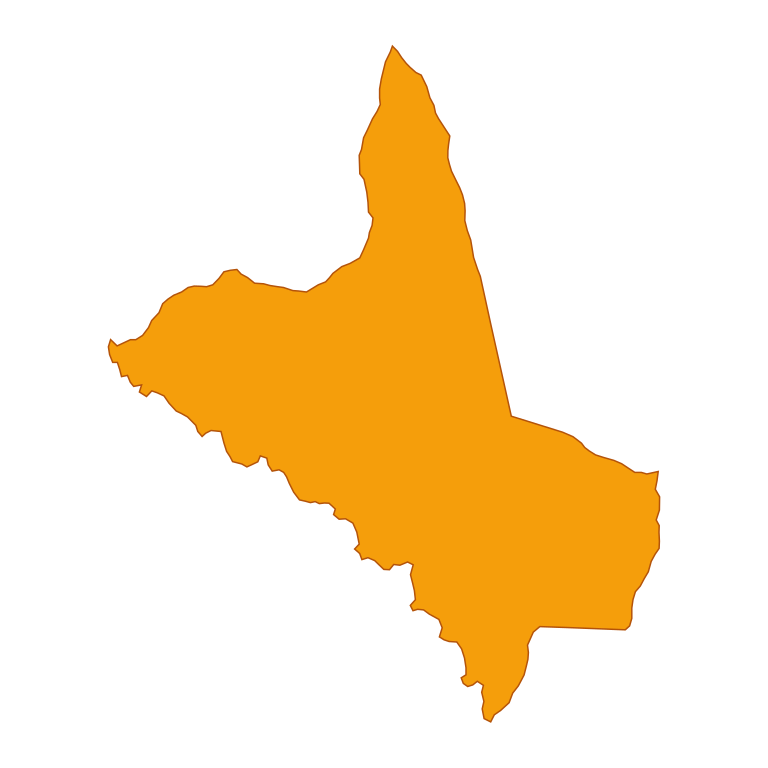 outline of Jaguapitã, Paraná, Brazil
{"feature_id": "56859067B47471443694247", "entity_name": "Jaguapitã", "entity_type": "district", "adm_level": 2, "iso_a3": "BRA", "parent_name": "Brazil", "parent_adm1": "Paraná", "projection": "equal_earth", "projection_center": [-51.575, -23.05], "detail": "fine", "context": "isolated", "style": "filled", "palette": "amber", "viewbox_px": 768, "rotation_deg": 0, "n_neighbors": 0, "source": "geoboundaries", "source_scale": "gbopen_adm2", "svg_char_len": 3022}
<svg xmlns="http://www.w3.org/2000/svg" viewBox="0 0 768 768"><path d="M354.6,549.0L359.7,553.5L361.9,559.6L368.0,557.7L374.7,560.6L379.0,564.8L383.8,569.4L389.5,569.7L393.7,564.5L399.9,565.2L407.6,562.0L413.2,564.8L410.5,574.7L412.7,583.4L414.4,590.6L415.4,599.7L410.3,605.4L413.0,610.7L417.6,609.3L423.6,609.9L429.4,614.2L438.9,619.4L442.2,627.8L439.4,636.9L444.0,639.8L449.1,641.5L456.8,642.0L461.6,648.9L464.5,658.0L466.0,667.7L466.0,674.8L461.2,677.8L463.3,683.4L467.7,686.5L472.8,684.9L477.3,681.3L483.4,685.3L481.7,692.3L483.9,701.4L482.2,708.9L484.1,718.6L490.7,721.9L494.3,714.8L500.8,710.3L504.4,707.0L509.1,702.7L512.7,693.1L518.3,685.9L521.4,680.1L524.1,674.9L526.4,665.8L527.9,659.4L528.4,652.5L527.5,645.1L533.3,632.1L539.8,626.6L566.6,627.5L625.3,629.8L629.6,625.9L631.8,618.4L631.8,608.0L633.0,599.6L635.4,591.7L640.3,586.0L644.3,578.5L648.3,571.8L651.2,561.4L655.1,554.2L659.1,548.4L659.4,541.2L659.0,532.4L659.2,525.6L656.2,520.0L659.4,510.1L659.6,496.8L655.3,489.3L657.0,480.8L658.2,471.5L646.8,474.0L641.3,472.4L634.8,472.4L628.4,468.2L621.6,463.7L613.9,460.4L603.7,457.5L595.5,454.9L589.3,451.0L584.7,447.5L581.5,443.2L573.0,436.7L562.6,432.2L511.3,416.2L490.9,324.8L480.3,276.3L477.6,269.5L473.6,257.5L471.9,247.1L470.7,240.0L467.3,230.6L464.8,220.6L465.1,210.8L464.6,203.4L462.5,194.9L459.7,187.8L455.6,179.6L451.5,171.2L449.5,164.6L447.8,157.8L447.9,150.5L448.6,144.1L449.8,136.0L438.5,118.6L435.5,113.0L433.9,105.3L429.9,97.8L426.8,86.7L421.2,75.1L415.9,72.5L409.9,67.2L406.2,63.4L401.6,57.6L397.5,51.3L392.4,46.1L390.3,52.0L385.5,61.8L381.3,79.0L379.6,89.0L379.6,98.1L380.3,104.5L377.1,111.4L372.5,118.8L367.5,129.8L363.6,137.7L361.5,149.5L359.2,155.3L359.5,164.0L359.8,173.8L364.0,179.3L366.8,192.2L368.0,202.3L368.5,212.1L373.0,217.9L372.1,225.4L369.4,232.5L368.5,238.1L363.6,249.7L359.8,257.9L350.1,263.4L341.8,266.6L332.9,273.4L329.5,277.7L325.6,281.9L318.3,284.8L306.5,292.0L298.5,291.0L292.9,290.6L283.5,287.5L277.6,286.7L269.9,285.5L263.6,283.8L254.6,283.2L247.6,277.6L241.1,274.1L236.9,269.5L230.2,270.3L223.9,271.8L219.0,278.4L212.8,284.8L206.6,286.7L201.1,286.3L194.1,286.1L188.1,287.5L181.6,292.0L173.8,295.2L168.0,299.1L162.7,303.7L159.0,312.7L151.7,320.5L148.5,327.6L142.6,335.4L135.8,339.7L130.4,339.7L122.7,343.3L117.1,345.9L110.6,339.6L108.4,346.8L109.6,354.6L112.7,362.4L117.4,362.4L119.8,369.8L121.5,376.6L127.5,375.4L130.3,382.2L133.7,386.4L141.6,384.9L139.4,392.0L146.5,396.5L151.8,390.9L157.3,392.8L164.0,395.9L169.1,403.3L176.2,411.0L181.0,413.3L187.5,416.9L195.8,425.3L197.8,431.5L202.1,436.5L205.7,433.2L211.0,430.5L221.0,431.5L224.0,443.2L226.6,451.4L230.0,456.6L232.6,461.6L241.8,464.0L246.9,466.9L251.3,464.9L257.8,461.8L260.3,455.9L266.8,458.1L268.2,464.9L272.2,471.1L279.1,469.8L283.7,472.4L286.6,476.9L289.3,483.4L293.7,492.2L299.5,499.9L305.3,501.2L310.4,502.6L315.2,501.6L319.3,503.6L324.4,503.0L329.0,503.2L335.3,509.0L333.6,514.6L339.1,519.2L345.6,518.8L352.9,523.1L356.8,532.1L359.2,544.1L354.6,549.0Z" fill="#f59e0b" stroke="#b45309" stroke-width="1.5"/></svg>